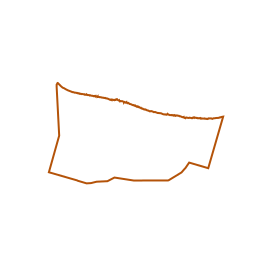 Berisso, Buenos Aires, Argentina, rotated 334°
{"feature_id": "61730980B11593916805025", "entity_name": "Berisso", "entity_type": "district", "adm_level": 2, "iso_a3": "ARG", "parent_name": "Argentina", "parent_adm1": "Buenos Aires", "projection": "albers", "projection_center": [-57.796, -34.898], "detail": "fine", "context": "isolated", "style": "outline", "palette": "amber", "viewbox_px": 256, "rotation_deg": 334, "n_neighbors": 0, "source": "geoboundaries", "source_scale": "gbopen_adm2", "svg_char_len": 5231}
<svg xmlns="http://www.w3.org/2000/svg" viewBox="0 0 256 256"><g transform="rotate(334 128 128)"><path d="M218.5,159.5L217.8,159.3L216.4,159.0L215.9,158.9L215.7,159.0L215.1,158.8L214.8,158.6L214.4,158.7L214.1,158.7L213.7,158.5L213.0,158.3L212.5,158.0L211.2,157.5L210.6,157.4L208.9,156.7L208.4,156.8L208.2,156.8L207.9,156.8L207.5,156.5L207.3,156.1L207.1,155.9L206.6,155.7L206.0,155.3L205.5,155.1L205.2,155.0L205.0,154.9L204.7,154.9L204.4,154.6L203.8,154.8L203.6,154.7L203.3,154.7L203.2,154.7L202.6,154.1L202.3,154.1L202.0,153.8L201.4,153.5L201.2,153.1L200.9,153.1L200.8,152.9L200.3,152.7L200.2,152.7L199.4,152.4L198.8,151.9L198.0,151.4L197.5,150.9L197.4,150.7L197.2,150.7L197.1,151.1L196.9,150.9L196.8,150.6L196.7,150.5L196.5,150.4L196.1,150.2L195.7,150.2L195.3,150.0L195.1,149.9L194.9,149.8L194.7,149.4L194.4,149.3L194.3,149.1L193.9,149.0L193.7,148.7L192.8,148.2L192.7,147.9L192.4,147.6L192.0,147.8L191.9,147.5L191.5,147.2L191.4,147.3L191.5,147.5L191.1,147.3L190.6,147.4L190.2,147.1L189.9,147.1L189.7,147.2L189.1,146.6L188.3,146.1L188.0,145.8L187.8,145.7L187.3,145.7L186.6,145.4L186.1,145.0L185.7,144.7L185.4,144.5L185.3,144.3L184.9,144.3L184.4,144.0L183.9,144.3L183.7,144.0L183.6,143.9L183.4,143.8L183.3,143.5L182.8,143.1L182.7,142.8L182.8,142.5L182.6,142.5L182.4,142.6L182.2,142.3L181.6,142.1L180.8,141.1L180.7,141.0L180.2,140.4L179.8,140.2L179.5,139.9L179.4,139.9L179.2,139.4L178.8,139.1L178.6,139.0L178.4,139.0L177.9,138.5L177.7,138.4L177.6,138.2L177.3,138.1L176.1,137.9L176.2,137.5L175.9,137.4L175.7,137.2L175.1,136.9L175.1,136.6L174.6,136.5L174.4,136.7L174.2,136.4L174.0,136.2L173.7,136.0L173.4,136.0L173.2,135.6L172.9,135.6L172.7,135.4L172.4,135.4L172.1,135.1L171.3,134.8L170.6,134.0L170.3,133.8L170.1,133.3L169.9,133.2L169.6,132.9L169.6,132.7L169.3,132.8L169.2,132.8L168.7,132.8L168.5,133.0L168.3,132.9L168.0,132.5L167.7,132.4L167.6,132.2L167.1,132.1L166.6,131.6L166.2,131.5L165.3,130.7L164.3,129.4L163.8,129.0L163.3,128.8L163.1,128.6L162.8,128.4L162.0,127.9L161.9,127.8L161.7,127.8L161.2,127.5L160.5,126.7L159.7,125.9L159.4,125.5L159.1,125.4L158.9,125.4L158.5,125.1L158.1,125.0L158.0,124.7L157.0,123.7L156.8,123.3L156.5,123.1L156.3,123.1L156.0,123.0L155.6,122.7L155.3,122.7L155.0,122.7L154.2,121.7L154.0,121.3L153.8,121.2L153.0,120.6L152.5,120.0L152.5,119.8L152.3,119.7L152.1,119.5L151.9,119.1L151.7,119.1L151.4,118.7L151.1,118.5L150.9,118.6L150.5,118.3L150.2,117.9L149.9,117.4L149.6,117.2L149.6,116.9L149.4,116.7L148.9,116.5L148.9,116.4L148.6,116.2L148.5,115.5L148.1,115.4L147.9,115.3L147.7,115.0L147.4,114.4L147.2,114.4L146.5,113.8L146.4,113.5L146.3,113.4L146.5,113.2L146.4,113.1L146.1,113.0L146.2,112.8L146.1,112.7L145.7,112.8L145.7,112.7L145.2,112.6L145.0,112.4L145.0,112.1L144.8,112.0L144.6,111.6L144.4,111.5L144.4,111.2L144.2,111.2L144.1,110.9L143.9,110.9L143.8,110.6L143.6,110.5L143.4,110.2L143.2,110.3L143.1,110.2L143.0,109.8L142.6,109.7L142.2,109.4L141.9,109.1L141.6,108.5L141.2,108.1L140.7,107.6L140.3,107.3L140.1,107.2L140.0,106.8L139.7,106.4L139.5,106.2L139.4,105.9L139.2,105.9L139.2,106.0L138.4,105.5L138.4,105.4L138.7,105.3L138.8,105.1L138.6,104.9L138.1,104.8L137.7,104.5L137.1,104.3L136.9,104.0L137.0,103.9L136.7,103.9L136.4,103.6L136.1,103.3L136.1,103.1L135.8,103.1L135.6,103.2L135.7,102.9L135.6,102.7L134.8,101.5L134.1,101.2L133.5,100.8L133.2,100.7L132.7,100.6L132.8,100.4L132.5,100.3L132.2,99.8L132.2,99.6L132.2,99.4L132.0,99.5L131.7,99.2L130.8,97.9L130.7,97.6L130.7,97.3L130.7,97.2L129.9,97.0L129.6,97.4L129.4,97.4L129.2,97.4L128.7,97.2L128.2,97.1L128.2,96.9L128.1,96.7L127.6,96.5L127.1,96.4L126.9,96.1L126.6,96.0L126.4,95.8L126.1,95.7L126.1,95.4L125.9,95.3L125.7,95.2L125.5,95.3L125.4,95.5L125.2,95.2L124.9,95.1L124.9,94.9L124.7,94.9L124.5,95.0L124.4,95.0L124.3,94.9L124.3,94.7L123.9,94.2L123.3,93.6L123.1,93.2L122.6,92.8L122.5,92.6L122.4,92.6L121.9,92.2L121.3,91.7L121.1,91.6L120.9,91.4L121.0,91.3L120.9,91.2L120.8,91.3L120.6,91.1L119.9,90.6L119.5,90.4L119.2,90.0L118.3,89.5L117.8,89.0L117.6,89.0L117.0,88.4L116.5,88.1L116.4,88.0L116.1,87.8L115.9,87.8L115.7,87.5L115.1,87.1L114.8,87.0L114.8,86.8L114.5,86.6L114.3,86.6L114.4,86.4L114.1,86.5L113.8,86.2L113.7,86.0L113.4,85.8L113.0,85.6L113.1,85.4L113.1,85.2L112.7,85.3L112.5,85.2L112.4,85.3L112.1,84.9L112.1,84.6L111.4,84.5L111.4,84.3L110.8,84.0L110.4,83.7L110.1,83.5L110.0,83.3L109.9,83.2L109.5,83.1L108.4,82.2L108.0,82.1L108.0,81.9L107.8,81.9L107.6,81.5L106.9,81.1L106.7,80.9L106.3,80.8L106.2,80.6L105.4,80.1L105.4,79.9L105.4,79.7L105.1,79.8L104.6,79.4L104.4,79.5L103.9,79.3L103.6,79.0L103.5,78.6L103.4,78.4L103.1,78.4L101.4,77.1L101.1,77.1L101.0,76.9L100.8,76.8L100.2,76.5L99.8,75.8L99.7,75.8L99.4,75.9L99.2,75.6L98.8,75.1L98.5,75.1L98.3,74.8L98.2,74.8L98.1,74.6L97.9,74.4L97.8,74.5L97.6,74.3L97.4,74.2L96.8,73.6L96.7,73.5L96.3,73.2L95.7,73.0L95.1,72.3L94.7,72.0L94.5,71.9L94.3,71.6L93.6,71.3L93.3,70.8L92.0,69.4L90.5,67.8L89.6,66.6L89.2,66.1L87.9,64.1L87.3,63.5L86.9,63.0L85.9,60.7L85.7,59.9L84.9,57.7L84.8,57.1L84.5,56.8L84.4,56.7L84.0,56.9L83.8,57.2L82.9,57.7L82.0,59.5L62.8,104.7L37.5,133.1L59.2,152.7L59.9,153.6L60.6,154.2L66.5,159.6L70.6,161.3L76.2,162.5L86.2,166.8L94.1,166.6L110.1,177.7L141.0,192.7L141.7,192.8L156.6,191.4L160.6,189.7L162.0,189.2L167.8,185.9L182.5,199.3L218.5,159.5Z" fill="none" stroke="#b45309" stroke-width="2"/></g></svg>